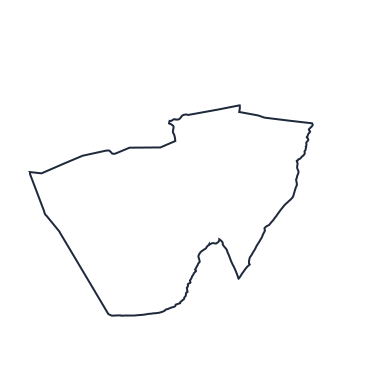 Mabalane, Gaza, Mozambique (Robinson projection), rotated 240°
{"feature_id": "85939544B83676990250137", "entity_name": "Mabalane", "entity_type": "district", "adm_level": 2, "iso_a3": "MOZ", "parent_name": "Mozambique", "parent_adm1": "Gaza", "projection": "robinson", "projection_center": [32.524, -23.58], "detail": "fine", "context": "isolated", "style": "outline", "palette": "slate", "viewbox_px": 384, "rotation_deg": 240, "n_neighbors": 0, "source": "geoboundaries", "source_scale": "gbopen_adm2", "svg_char_len": 5871}
<svg xmlns="http://www.w3.org/2000/svg" viewBox="0 0 384 384"><g transform="rotate(240 192 192)"><path d="M93.7,189.1L93.8,189.5L93.9,189.8L94.6,191.4L96.4,194.7L97.1,196.4L98.2,198.8L98.3,198.9L98.6,199.5L98.8,200.2L98.9,200.4L98.9,200.5L99.3,201.4L99.3,201.6L99.4,201.8L99.8,203.0L100.0,203.9L100.3,205.7L100.8,205.8L101.2,205.6L101.8,205.7L102.8,206.3L103.7,206.9L105.6,208.5L106.2,209.1L106.8,210.1L107.1,210.9L107.8,212.3L108.8,213.9L110.7,217.5L112.2,219.8L112.8,220.6L113.6,222.1L114.3,223.4L115.2,225.2L116.4,227.3L117.5,229.3L118.6,230.9L119.0,231.3L119.2,231.6L119.4,231.7L119.5,231.9L119.7,232.2L120.2,232.9L120.3,233.1L121.4,234.9L121.7,235.3L122.1,235.6L122.1,235.8L122.8,236.1L123.8,236.4L124.5,236.8L124.7,237.6L125.0,239.0L125.1,239.7L125.0,240.7L124.9,241.3L124.9,242.1L125.0,242.6L126.1,245.4L126.7,247.3L127.2,248.7L127.9,250.2L128.2,250.8L129.1,253.2L129.6,254.1L132.1,259.7L132.8,261.5L134.3,265.3L135.0,268.0L135.2,269.4L135.5,270.4L136.2,273.9L136.4,274.3L136.8,275.7L137.2,276.7L137.4,277.0L138.0,277.9L138.4,278.2L138.5,278.4L138.6,278.5L139.6,279.4L140.5,280.5L141.1,281.0L141.4,281.3L141.6,281.6L142.6,282.6L143.4,283.5L144.2,284.4L144.9,285.5L145.3,285.9L145.4,286.1L145.5,286.2L145.6,286.4L146.4,286.6L146.6,286.8L147.3,287.2L148.6,287.6L149.1,287.7L150.5,288.3L150.8,288.4L151.0,288.7L151.5,289.4L151.9,289.9L153.3,291.1L153.7,291.6L154.1,292.3L154.3,292.4L154.4,292.6L154.6,292.7L155.0,293.3L155.7,294.0L156.3,294.4L156.9,294.6L157.4,294.7L159.0,294.8L160.5,295.2L161.5,295.8L161.9,296.1L163.4,297.4L164.0,297.7L164.4,297.9L166.0,298.0L166.5,298.2L166.7,298.4L166.7,298.6L166.5,299.1L166.5,299.4L166.7,299.7L166.9,300.4L166.9,300.5L167.1,300.6L166.8,301.6L166.9,302.7L167.1,303.4L167.5,304.2L167.8,305.4L167.9,306.5L168.1,306.9L168.2,307.5L168.5,308.2L168.9,308.8L169.3,309.1L169.8,309.3L170.7,309.6L170.9,309.8L171.1,310.1L171.5,311.2L172.3,311.9L172.9,312.3L173.8,313.3L174.3,313.3L174.5,313.3L174.6,313.5L174.9,314.1L175.9,314.9L176.3,315.1L176.8,315.2L177.3,315.4L177.4,315.5L177.9,316.2L178.4,317.7L178.9,318.7L179.5,319.0L180.0,319.1L180.9,319.1L181.5,318.8L181.9,318.7L182.1,318.8L182.4,319.2L182.7,320.1L182.9,320.4L183.4,320.8L184.0,321.6L184.3,322.2L184.5,322.7L184.8,323.4L184.7,323.5L185.1,324.4L185.7,324.5L187.4,324.3L187.8,324.5L188.1,325.4L188.6,327.3L188.8,328.3L189.2,329.2L189.4,329.7L189.6,329.9L190.0,330.2L190.3,330.3L191.5,330.3L204.9,312.2L220.2,291.9L225.2,287.6L237.7,272.9L238.1,273.3L238.6,273.6L238.8,273.9L239.3,274.2L240.0,274.8L241.0,275.6L242.4,276.2L243.1,276.7L243.3,276.5L250.4,255.7L260.6,227.3L261.1,226.7L261.7,226.2L262.4,225.0L262.7,224.1L262.9,223.6L263.0,223.1L263.0,221.6L262.8,220.9L262.1,219.5L261.8,218.7L261.6,217.8L261.6,216.6L261.8,216.0L262.5,214.7L262.8,214.4L262.9,214.2L263.0,214.2L263.3,213.8L263.4,213.7L263.5,213.6L263.6,213.3L263.8,213.2L264.0,212.9L264.1,212.4L264.1,211.7L264.0,210.9L263.9,209.9L264.1,209.3L264.8,208.2L263.0,206.4L262.7,206.5L262.3,206.7L261.4,207.6L261.1,207.8L259.7,208.4L259.0,208.7L258.5,208.8L258.0,208.7L257.4,208.5L256.6,207.9L256.5,207.7L255.4,206.9L255.3,206.7L254.6,206.3L254.2,205.9L253.6,205.5L252.9,205.3L250.7,205.2L249.3,204.9L246.6,204.0L245.0,203.1L244.5,203.0L246.4,186.9L261.6,160.1L263.4,146.1L263.6,144.9L264.0,143.6L264.6,142.7L264.9,142.4L265.5,142.0L266.0,141.9L266.4,141.9L267.2,141.7L269.1,141.1L269.3,140.9L269.7,140.5L270.3,139.2L270.7,138.6L278.1,115.4L280.6,95.5L283.4,71.0L290.3,61.6L290.2,61.6L289.2,61.1L288.5,60.7L288.0,60.6L286.7,60.4L251.0,54.6L250.1,54.5L247.9,53.9L246.9,53.7L245.5,53.7L244.1,54.1L243.6,54.2L224.0,57.4L223.5,57.4L222.9,57.3L163.3,58.1L128.3,58.5L128.1,58.6L127.4,59.0L125.0,60.7L124.7,61.3L124.2,62.2L124.1,62.3L123.8,63.0L122.1,66.3L121.1,68.0L120.8,68.3L120.5,68.9L120.3,68.9L119.1,71.0L118.1,73.1L117.6,73.7L117.3,74.4L117.1,74.6L116.6,75.6L114.0,80.0L112.8,82.6L112.4,83.6L111.6,85.1L109.8,89.0L108.0,93.9L107.1,95.6L106.1,98.2L105.3,99.7L104.3,102.1L103.7,103.5L103.7,103.9L103.2,105.7L103.2,105.9L103.1,106.4L102.9,107.8L102.9,109.2L103.1,109.9L103.2,110.1L103.3,110.8L103.1,111.3L102.7,112.7L102.5,114.9L102.2,116.5L101.7,118.4L101.5,119.4L101.6,120.4L101.9,120.9L102.0,121.0L102.5,121.4L102.6,121.8L102.5,122.2L102.3,122.9L102.0,124.7L101.6,126.1L102.3,126.6L102.6,127.1L102.7,128.0L102.7,128.7L103.1,129.7L103.1,130.7L103.2,131.2L103.5,131.8L104.4,132.5L104.8,133.5L104.9,133.8L105.1,134.5L105.7,135.1L106.4,135.5L107.4,136.2L107.6,136.7L107.6,137.4L107.6,137.9L107.6,138.0L108.3,138.4L108.7,138.3L109.4,138.8L109.7,138.9L110.3,139.2L111.0,139.4L111.6,139.6L111.8,139.9L112.1,140.9L112.6,141.5L113.0,141.7L114.0,142.1L114.3,142.5L114.4,143.5L114.2,144.7L114.2,145.0L114.4,145.4L114.8,145.5L115.4,145.7L116.1,145.8L116.5,146.1L116.8,147.0L117.3,147.8L117.9,148.8L118.9,149.9L119.2,150.5L119.5,151.4L120.1,152.2L120.6,152.8L121.1,154.2L121.3,155.4L121.5,155.9L121.7,156.0L122.0,156.1L122.2,155.9L122.4,155.9L123.0,155.8L123.3,155.9L124.1,157.5L124.6,158.2L124.8,158.3L125.4,159.5L125.6,160.0L126.2,160.7L126.3,160.8L126.9,161.7L127.3,162.6L127.4,163.1L127.7,163.8L128.1,163.9L129.5,164.4L133.0,165.3L133.6,165.8L134.6,167.2L135.1,168.2L135.2,168.5L135.3,168.6L135.5,169.1L135.8,170.0L135.9,170.7L136.1,173.2L136.2,175.6L136.4,176.2L137.0,177.2L137.2,177.8L137.5,178.4L137.6,179.5L137.9,180.1L137.6,179.9L137.7,181.5L137.7,182.7L137.7,183.4L137.3,184.5L137.2,184.6L137.1,184.8L136.7,185.4L135.9,186.2L135.8,186.4L135.7,186.5L135.4,186.9L135.3,187.2L135.3,187.8L135.6,189.9L136.2,191.1L136.6,191.5L136.9,191.8L137.4,192.0L137.1,192.2L136.7,192.3L135.3,192.9L133.8,193.2L132.7,193.2L132.4,193.1L131.2,192.4L130.7,192.4L129.0,192.5L128.0,192.7L127.0,192.9L125.6,193.1L125.3,193.2L124.7,193.2L121.7,192.6L118.6,192.3L114.5,191.6L112.0,191.2L108.5,190.9L106.8,190.9L106.2,190.8L105.4,190.8L101.1,190.3L99.2,190.0L97.7,189.8L94.6,189.1L93.7,189.1Z" fill="none" stroke="#1e293b" stroke-width="2"/></g></svg>